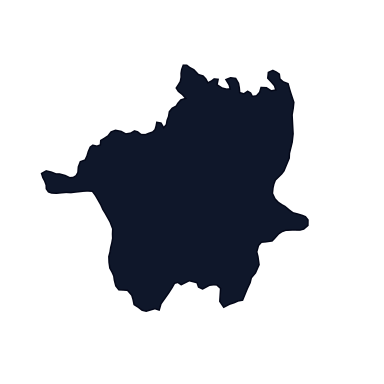 the district of Araporã, Minas Gerais, Brazil, rotated 156°
{"feature_id": "56859067B27998656186706", "entity_name": "Araporã", "entity_type": "district", "adm_level": 2, "iso_a3": "BRA", "parent_name": "Brazil", "parent_adm1": "Minas Gerais", "projection": "natural_earth1", "projection_center": [-49.124, -18.476], "detail": "fine", "context": "isolated", "style": "filled", "palette": "ink", "viewbox_px": 384, "rotation_deg": 156, "n_neighbors": 0, "source": "geoboundaries", "source_scale": "gbopen_adm2", "svg_char_len": 2641}
<svg xmlns="http://www.w3.org/2000/svg" viewBox="0 0 384 384"><g transform="rotate(156 192 192)"><path d="M270.0,97.5L265.8,102.5L254.5,109.2L249.0,112.8L245.1,115.7L241.7,115.2L239.6,111.7L230.6,112.1L224.3,107.1L224.7,102.5L221.8,99.1L213.9,99.7L210.1,98.5L207.2,97.1L205.1,92.3L211.1,80.8L209.9,73.8L203.3,74.2L198.5,73.7L194.1,73.7L189.8,72.6L180.8,81.2L175.8,85.5L172.7,89.5L166.9,92.3L160.3,98.3L158.0,106.3L157.2,111.0L153.0,116.1L149.0,117.9L145.3,116.6L138.7,114.7L135.3,116.1L130.0,118.5L126.0,119.2L122.0,118.9L115.8,116.5L108.8,113.3L105.0,112.7L99.7,114.3L97.4,119.3L98.4,123.3L100.8,125.8L104.5,129.0L108.3,132.0L110.5,136.0L113.0,141.1L115.1,143.8L117.4,147.5L119.0,152.1L119.1,158.0L116.3,162.9L113.9,166.1L111.0,169.0L102.7,172.1L99.4,173.9L89.4,183.4L87.2,187.8L83.6,192.4L80.2,196.8L76.0,204.0L69.2,221.7L65.5,227.3L62.5,232.5L61.5,242.4L61.0,246.4L60.2,251.9L63.9,255.6L65.7,259.6L64.3,264.2L66.3,267.4L68.7,270.2L73.6,270.2L76.5,265.2L74.7,260.0L73.4,255.6L73.9,251.1L78.5,252.2L81.6,257.0L86.4,259.4L89.6,255.6L94.0,253.6L98.0,254.8L98.2,258.6L100.2,261.4L104.7,260.6L108.0,263.4L106.4,268.0L105.3,272.4L105.9,278.0L110.3,280.7L115.3,280.9L114.5,274.8L115.1,270.6L118.6,271.9L122.3,274.8L125.5,279.8L122.3,284.3L125.8,286.3L129.0,285.5L133.1,285.3L133.4,289.7L134.7,293.5L138.4,296.7L140.6,303.0L143.5,306.7L145.2,309.9L148.4,311.4L151.6,308.1L153.7,304.9L155.2,301.3L157.7,297.7L160.7,295.6L164.1,293.4L163.5,289.5L161.1,284.9L159.6,280.1L164.7,280.7L168.8,278.8L171.5,276.9L176.0,276.6L180.0,274.6L182.7,270.5L185.6,267.6L188.0,264.0L191.7,262.2L192.3,267.6L195.8,270.0L198.0,266.8L200.4,264.0L203.5,262.8L207.7,263.2L211.1,263.3L215.2,265.2L217.2,269.1L219.7,271.2L224.0,270.7L228.9,272.0L232.1,276.2L236.8,279.5L241.5,279.8L245.9,277.4L251.0,276.6L254.4,276.2L256.5,272.3L260.2,272.5L263.6,275.1L266.7,274.4L270.2,271.2L273.3,267.6L276.7,264.7L281.7,265.1L285.6,261.2L288.3,256.2L291.3,254.0L294.6,253.6L297.9,254.8L301.2,258.7L305.6,262.3L308.9,263.8L312.3,267.3L316.6,270.6L321.9,270.1L322.4,265.8L322.1,261.9L322.4,257.6L323.8,254.2L323.1,250.5L320.7,248.2L316.4,246.0L311.3,244.3L307.0,242.8L302.9,240.7L298.9,239.5L294.9,238.2L290.5,236.8L286.9,235.4L282.7,233.2L281.6,228.1L281.1,223.5L280.5,217.4L280.5,212.2L279.9,207.8L279.5,203.4L279.0,198.0L279.4,190.6L281.7,186.0L283.3,182.0L286.0,178.0L288.8,174.4L291.3,170.5L294.2,166.9L296.4,161.5L298.0,155.9L297.6,151.2L297.6,147.1L298.8,143.0L299.8,137.2L298.6,132.4L294.6,130.4L290.9,128.4L289.0,122.1L289.6,117.7L290.7,112.7L287.9,108.5L285.7,104.3L282.3,101.7L277.6,101.1L273.3,100.5L270.0,97.5Z" fill="#0f172a" stroke="#020617" stroke-width="1.5"/></g></svg>